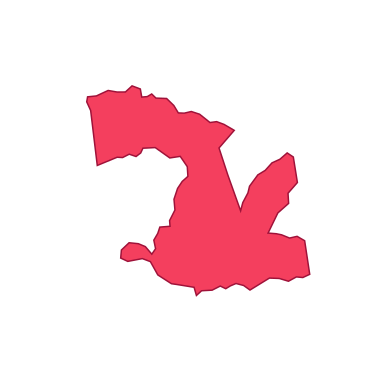 Engenho Velho, Rio Grande do Sul, Brazil, rotated 316°
{"feature_id": "56859067B64358996433210", "entity_name": "Engenho Velho", "entity_type": "district", "adm_level": 2, "iso_a3": "BRA", "parent_name": "Brazil", "parent_adm1": "Rio Grande do Sul", "projection": "albers", "projection_center": [-52.91, -27.679], "detail": "fine", "context": "isolated", "style": "filled", "palette": "rose", "viewbox_px": 384, "rotation_deg": 316, "n_neighbors": 0, "source": "geoboundaries", "source_scale": "gbopen_adm2", "svg_char_len": 1319}
<svg xmlns="http://www.w3.org/2000/svg" viewBox="0 0 384 384"><g transform="rotate(316 192 192)"><path d="M187.9,307.7L194.7,314.8L199.4,323.2L208.1,325.6L212.3,330.5L219.5,333.0L239.2,305.3L236.8,296.9L230.2,292.9L226.7,285.0L223.6,280.5L218.2,274.4L239.2,266.7L253.6,267.3L260.2,259.6L274.4,258.4L289.2,237.2L287.6,230.0L278.0,229.5L269.8,226.6L259.7,227.3L251.3,225.4L237.4,227.8L231.6,231.5L221.2,234.9L213.9,239.3L229.7,204.4L242.0,179.1L265.2,177.0L262.0,165.6L258.6,158.5L253.2,154.5L251.5,141.3L247.4,133.6L241.2,129.9L237.1,125.6L239.0,117.2L238.7,107.1L231.3,99.4L231.1,93.5L226.1,92.3L221.8,88.8L226.4,82.0L222.6,74.0L213.6,73.8L207.6,68.1L202.2,60.7L195.3,58.3L190.0,56.5L183.0,51.0L178.9,54.0L175.7,63.0L142.3,107.1L162.3,115.0L166.0,119.0L173.1,121.2L176.4,127.6L182.2,128.3L187.1,126.4L196.4,134.5L199.7,152.1L208.3,158.2L206.2,170.5L199.9,177.9L192.3,177.6L184.1,179.4L174.0,184.7L167.2,193.1L156.0,197.0L152.4,201.4L144.5,194.9L138.6,198.0L131.1,200.1L126.4,207.5L119.9,208.8L120.5,198.9L117.5,191.9L111.5,184.8L100.9,184.7L94.8,190.0L97.6,197.3L110.0,205.4L113.7,213.2L109.8,227.9L113.5,243.7L117.0,248.2L127.3,262.0L123.3,269.5L130.3,269.7L138.3,276.6L147.0,279.3L149.1,285.0L154.4,286.2L160.1,288.4L164.2,295.1L165.6,302.8L187.9,307.7Z" fill="#f43f5e" stroke="#9f1239" stroke-width="1.5"/></g></svg>